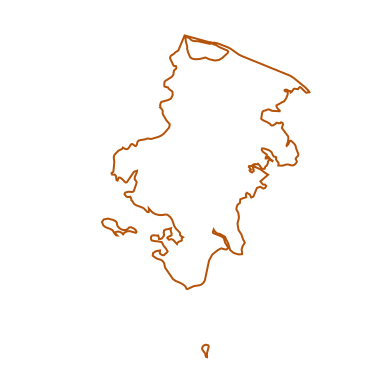 the border of Midtjylland, rotated 112°
{"feature_id": "DNK-3416", "entity_name": "Midtjylland", "entity_type": "Region", "adm_level": 1, "iso_a3": "DNK", "parent_name": "Denmark", "parent_adm1": "", "projection": "albers", "projection_center": [9.543, 56.244], "detail": "fine", "context": "isolated", "style": "outline", "palette": "amber", "viewbox_px": 384, "rotation_deg": 112, "n_neighbors": 0, "source": "natural_earth", "source_scale": "10m", "svg_char_len": 6045}
<svg xmlns="http://www.w3.org/2000/svg" viewBox="0 0 384 384"><g transform="rotate(112 192 192)"><path d="M49.6,257.5L46.7,232.7L46.4,231.2L46.1,230.8L46.1,229.4L46.4,229.1L46.9,229.3L48.0,231.1L49.9,242.7L51.3,246.7L51.5,248.3L51.3,249.8L50.4,251.8L50.2,253.5L50.5,255.6L51.2,256.0L55.0,253.9L59.1,250.8L61.0,250.2L64.4,247.6L67.8,244.1L68.3,241.7L67.8,239.0L66.7,236.5L65.4,234.1L62.3,230.0L62.4,225.3L61.5,219.9L59.4,216.4L56.5,214.2L50.1,211.1L48.4,210.9L47.6,212.1L47.5,218.5L47.3,221.6L46.7,225.0L47.0,227.5L46.8,228.5L45.5,228.1L45.2,227.3L44.6,223.9L44.4,212.9L44.8,209.5L47.0,200.2L47.3,196.6L47.4,144.4L47.9,141.9L48.5,139.3L52.5,126.4L54.2,122.4L55.5,120.5L56.0,120.9L56.3,122.2L57.1,123.0L57.0,124.0L54.4,130.2L54.3,131.2L55.4,132.0L56.9,132.2L57.9,135.8L58.5,136.4L61.9,137.1L62.8,137.8L61.6,138.5L61.9,139.9L61.6,142.3L62.1,143.7L62.8,144.3L63.5,144.0L63.7,142.9L63.2,141.7L63.3,140.7L65.9,139.8L69.9,139.8L73.6,140.6L75.2,142.4L75.9,142.7L80.0,146.1L81.2,145.6L82.3,144.3L83.8,141.0L84.3,141.0L86.7,148.1L86.8,149.3L86.5,149.9L86.6,151.3L87.1,152.7L88.4,153.9L90.0,156.0L91.0,156.6L92.4,156.6L98.1,155.3L98.5,154.5L98.8,153.4L99.1,148.3L99.6,145.2L100.6,143.5L100.2,142.2L97.7,140.1L96.2,139.7L95.9,138.9L95.8,137.6L95.4,136.2L94.0,135.5L94.1,133.9L95.2,132.9L99.0,132.7L104.4,123.7L105.7,122.9L109.1,121.9L113.6,121.7L113.8,121.4L111.8,120.6L108.2,120.5L107.4,119.6L108.2,117.0L109.4,114.6L110.4,113.3L113.0,111.4L117.0,107.6L118.5,107.2L121.9,108.4L122.8,108.1L123.7,106.8L124.4,106.2L125.8,106.2L127.7,106.8L129.4,108.1L130.1,109.9L130.5,113.5L131.7,115.6L133.0,117.0L134.0,118.7L135.1,121.9L132.8,122.5L130.3,126.4L128.2,126.9L128.2,128.1L128.5,129.4L127.6,130.8L125.3,133.1L124.6,135.2L124.4,137.1L124.8,141.9L125.4,143.4L126.7,143.2L128.1,141.6L129.3,136.6L130.5,136.3L132.0,136.6L133.3,136.3L132.8,134.9L132.1,134.3L131.3,134.5L130.5,135.2L132.4,131.1L132.8,129.0L133.3,129.0L132.8,132.4L135.0,132.9L137.9,132.4L139.8,132.7L140.9,133.5L143.3,133.4L144.1,135.3L143.8,136.7L141.9,139.5L141.1,141.5L142.0,141.9L142.3,143.5L142.8,144.6L143.6,145.4L145.7,146.7L146.6,148.8L147.4,148.8L149.1,145.6L150.3,146.7L151.3,145.5L151.3,143.6L149.4,142.6L146.9,144.1L146.7,144.6L146.3,144.7L145.4,144.6L144.7,144.2L144.7,143.3L144.9,142.6L145.2,142.6L145.3,137.0L146.7,132.1L147.5,127.9L156.5,132.6L158.5,129.1L157.8,127.0L158.5,125.5L160.8,125.7L162.1,127.1L161.6,130.7L163.9,133.3L173.3,133.4L174.9,135.0L172.7,137.5L172.2,140.8L173.7,141.3L176.5,139.8L180.6,144.5L184.2,143.5L186.4,144.8L187.9,145.1L191.3,144.5L194.1,141.2L197.3,139.3L199.4,138.6L204.3,138.0L210.0,134.4L212.7,130.4L216.5,127.2L219.2,124.0L223.3,124.8L226.7,124.5L228.9,123.1L230.9,122.3L232.5,125.6L232.9,130.6L231.5,134.9L226.0,139.3L221.9,144.0L221.2,144.4L220.4,150.7L221.0,152.4L220.6,154.5L219.7,156.5L218.7,157.8L221.3,157.6L222.2,156.8L222.1,151.1L222.3,147.0L223.1,145.0L226.6,142.3L229.3,138.5L230.7,137.5L232.4,138.6L232.8,139.5L233.3,143.7L233.7,144.2L236.2,146.3L242.5,149.8L249.3,150.5L269.0,147.0L271.7,147.3L274.5,148.8L275.7,150.2L278.5,154.9L283.8,160.0L283.8,160.9L281.9,162.9L280.9,166.4L280.6,170.4L280.6,173.9L279.7,177.3L272.3,188.5L268.4,191.2L267.0,193.3L266.6,195.3L266.9,200.0L265.8,204.6L263.1,205.2L260.2,203.1L258.2,199.7L260.3,199.2L261.2,198.4L261.6,196.5L261.3,194.5L260.5,193.9L259.4,193.7L258.4,193.0L256.3,192.3L254.3,194.8L252.5,198.1L249.8,201.3L250.5,204.8L251.6,208.6L252.0,211.2L251.2,212.2L249.9,212.9L248.5,213.1L247.4,212.7L246.5,211.5L245.7,208.6L245.0,207.1L247.1,205.4L247.9,205.0L247.2,203.4L246.5,202.6L243.0,201.6L242.3,201.7L240.4,203.0L238.1,203.5L236.6,202.3L235.3,200.2L233.5,197.9L235.3,197.7L238.1,195.4L239.7,194.8L240.9,195.6L242.3,197.2L243.8,197.8L244.9,195.6L243.4,193.3L243.5,191.4L245.9,186.4L244.7,186.4L243.5,185.9L242.4,185.0L241.6,183.9L240.6,183.3L238.5,184.3L237.3,183.4L237.0,185.4L236.6,186.7L235.9,187.3L234.7,187.5L234.1,188.4L231.9,193.3L229.9,196.0L225.4,199.8L223.4,202.7L222.3,206.2L222.9,208.4L224.3,210.5L225.6,213.5L226.2,217.4L225.9,220.3L224.9,222.9L223.4,225.9L225.4,224.9L226.9,224.7L227.3,225.8L225.2,230.6L225.0,232.5L225.2,238.9L224.7,241.3L222.7,244.0L222.4,245.1L221.1,245.7L220.1,246.7L219.6,247.6L220.0,247.9L220.6,249.4L220.9,251.0L219.5,253.6L218.7,253.9L217.7,253.7L216.9,252.9L215.5,250.9L214.5,247.7L213.7,246.7L212.7,246.3L204.4,246.8L203.4,247.1L201.6,249.9L199.4,250.7L194.9,250.5L192.9,251.0L195.0,253.4L207.1,256.0L208.0,256.7L207.7,258.3L206.3,261.3L205.6,264.0L205.9,265.1L207.0,265.4L209.3,265.3L209.3,266.4L205.8,268.4L204.8,270.1L205.8,272.6L204.7,273.7L202.7,272.5L193.4,275.2L189.1,277.6L186.6,277.8L181.4,275.8L178.4,273.1L177.6,272.7L176.7,272.7L177.0,271.0L177.1,269.7L176.7,268.4L175.7,267.5L173.8,266.9L171.0,266.5L170.1,265.9L169.9,264.8L170.7,262.1L170.3,261.2L168.7,260.9L165.7,261.3L164.4,260.8L163.2,259.3L161.0,255.6L159.1,253.4L158.7,252.0L158.3,250.1L157.6,249.0L153.3,243.6L151.2,241.7L148.6,240.0L140.7,237.3L137.5,238.0L135.1,242.7L131.2,247.7L129.8,248.9L128.2,249.3L127.4,249.9L126.2,251.5L125.5,253.4L124.4,253.3L123.5,254.1L120.6,254.4L119.4,253.5L116.1,249.1L113.5,246.6L109.4,246.2L106.3,247.7L105.0,252.2L104.0,253.5L104.5,256.1L104.5,257.0L103.1,257.9L100.3,258.7L98.9,258.3L93.0,254.0L90.3,253.2L86.5,254.2L84.7,253.6L83.8,253.0L83.1,253.0L82.3,253.2L81.3,254.0L81.9,255.9L81.6,256.6L76.2,262.5L74.6,262.8L73.6,262.6L70.7,260.6L68.5,259.6L65.9,257.7L49.6,257.5ZM251.4,248.3L252.5,246.4L253.1,244.0L253.0,241.5L251.9,238.9L250.3,237.8L248.6,237.1L247.5,235.6L247.7,231.8L248.5,229.8L249.8,228.5L250.9,228.8L251.6,235.1L253.0,237.7L254.9,239.4L257.1,240.0L256.3,241.5L256.0,243.1L256.1,244.7L256.6,246.2L258.1,248.2L259.1,247.6L260.3,245.1L260.6,246.1L259.5,248.3L257.2,251.3L256.9,254.0L257.0,259.1L256.2,261.7L253.5,264.3L250.5,263.5L248.2,260.1L247.4,254.5L247.8,251.5L248.7,250.2L249.9,249.5L251.4,248.3ZM328.3,121.7L328.1,119.5L329.0,118.6L336.0,117.7L339.5,116.2L339.6,117.3L339.0,117.5L338.5,118.3L337.0,119.0L334.1,123.6L332.7,124.2L331.0,124.1L329.4,123.2L328.3,121.7Z" fill="none" stroke="#b45309" stroke-width="2"/></g></svg>